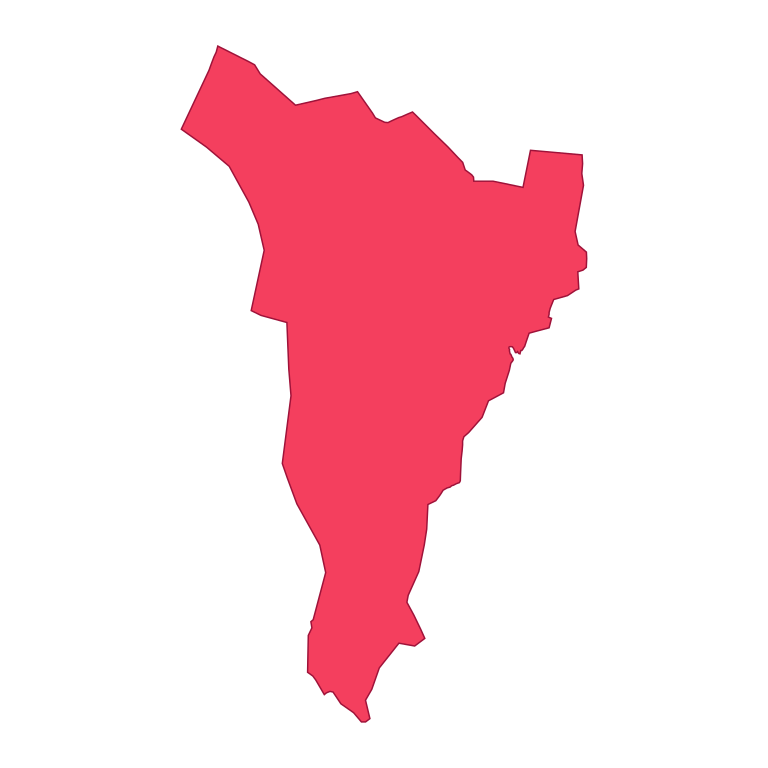 outline of Bakura, Zamfara, Nigeria
{"feature_id": "59680162B24502748844916", "entity_name": "Bakura", "entity_type": "district", "adm_level": 2, "iso_a3": "NGA", "parent_name": "Nigeria", "parent_adm1": "Zamfara", "projection": "equal_earth", "projection_center": [5.913, 12.562], "detail": "fine", "context": "isolated", "style": "filled", "palette": "rose", "viewbox_px": 768, "rotation_deg": 0, "n_neighbors": 0, "source": "geoboundaries", "source_scale": "gbopen_adm2", "svg_char_len": 2244}
<svg xmlns="http://www.w3.org/2000/svg" viewBox="0 0 768 768"><path d="M307.6,672.3L312.8,676.0L315.7,679.9L324.3,694.6L326.5,692.8L330.0,691.4L332.9,692.0L333.1,692.1L340.9,703.8L353.6,712.7L361.4,721.9L365.6,721.9L369.9,718.6L365.5,700.2L371.8,689.3L379.3,667.9L398.9,643.2L414.7,646.0L424.8,638.4L420.8,629.5L413.9,615.2L406.9,602.3L408.2,595.3L418.8,571.6L424.3,544.8L426.7,529.2L427.9,504.5L435.8,500.7L438.6,497.0L439.6,495.7L441.7,492.5L443.1,490.2L445.4,488.9L447.2,487.9L450.1,487.1L451.7,485.7L453.5,485.2L456.3,483.7L459.4,482.6L460.3,480.8L460.6,472.5L461.2,458.8L462.1,451.0L462.6,445.0L462.6,440.9L463.9,436.7L468.6,432.6L482.1,417.3L488.5,400.8L503.5,392.8L505.2,383.3L509.3,370.5L510.8,363.3L513.0,360.4L513.2,359.3L512.8,358.2L512.3,357.4L511.8,356.9L511.7,356.4L511.4,355.6L511.3,355.3L511.1,355.0L511.0,354.7L510.9,354.5L510.8,354.3L510.6,354.2L510.3,354.1L509.9,353.0L509.7,351.9L509.4,350.8L509.6,349.7L508.8,348.0L509.2,346.9L509.9,346.7L510.8,346.6L512.4,346.8L513.5,348.3L514.7,350.8L515.5,352.6L516.5,352.6L517.6,351.6L517.8,352.0L518.2,352.8L519.0,353.6L520.0,353.8L520.3,352.4L520.6,351.4L520.8,350.5L521.9,350.4L522.9,349.1L523.7,347.6L524.6,346.5L526.5,340.8L529.1,333.2L535.9,331.3L549.1,327.8L551.5,318.4L548.4,317.1L549.1,314.2L549.1,313.8L549.1,312.5L550.2,308.3L553.7,299.5L567.5,295.6L575.8,290.1L578.8,288.9L578.7,287.3L578.4,282.3L577.8,271.8L583.0,270.1L586.3,267.4L586.7,258.6L586.4,252.1L578.1,245.0L575.1,231.5L583.5,185.3L581.8,173.6L582.6,163.7L582.1,154.9L530.5,150.3L523.0,187.4L493.0,181.2L473.8,181.2L473.5,177.1L471.7,174.8L467.2,171.4L465.2,170.0L462.7,162.4L457.6,157.2L448.1,147.1L434.4,133.8L416.1,115.5L412.5,112.0L407.5,114.1L401.7,116.7L398.7,117.6L394.7,119.4L390.6,121.3L388.0,122.6L384.7,122.3L375.4,117.9L372.5,113.1L357.5,91.7L355.8,92.2L351.0,93.6L324.8,98.3L317.0,100.3L295.5,105.2L260.2,73.9L254.6,64.8L249.2,61.9L217.8,46.1L216.2,52.2L214.0,56.8L211.5,63.4L209.0,70.3L181.3,129.2L206.5,147.1L229.2,166.3L248.9,202.2L258.2,224.2L264.2,250.3L251.2,310.6L261.0,315.4L286.9,322.5L288.8,369.1L291.0,395.8L282.3,463.5L287.1,477.4L296.9,503.9L319.8,545.1L325.7,572.6L313.2,619.7L310.9,621.7L311.9,627.9L308.3,635.4L307.6,672.3Z" fill="#f43f5e" stroke="#9f1239" stroke-width="1.5"/></svg>